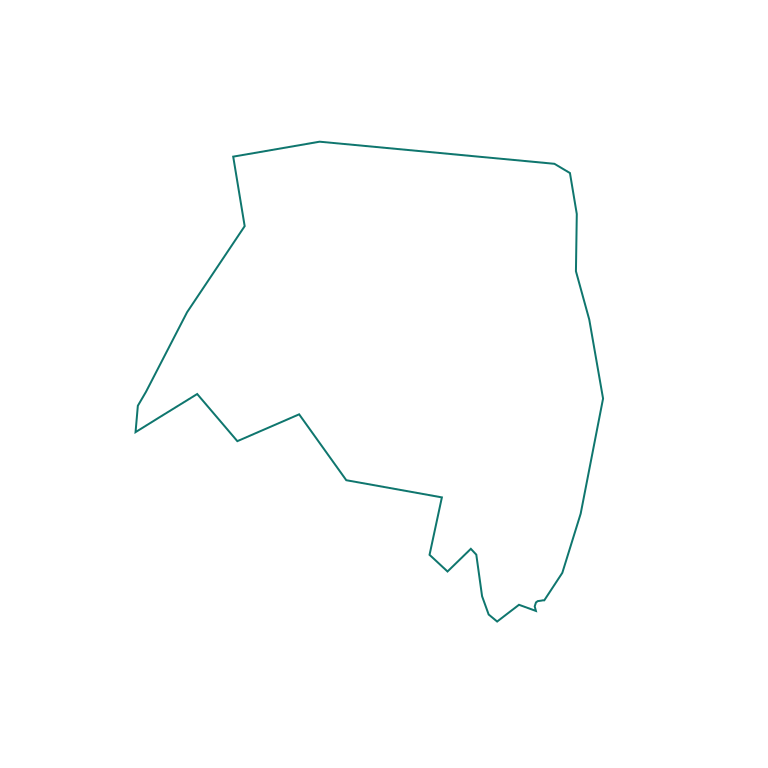 outline of San Miguel del Río, Oaxaca, Mexico, rotated 159°
{"feature_id": "50627088B44096778996990", "entity_name": "San Miguel del Río", "entity_type": "district", "adm_level": 2, "iso_a3": "MEX", "parent_name": "Mexico", "parent_adm1": "Oaxaca", "projection": "natural_earth1", "projection_center": [-96.573, 17.33], "detail": "fine", "context": "isolated", "style": "outline", "palette": "teal", "viewbox_px": 768, "rotation_deg": 159, "n_neighbors": 0, "source": "geoboundaries", "source_scale": "gbopen_adm2", "svg_char_len": 622}
<svg xmlns="http://www.w3.org/2000/svg" viewBox="0 0 768 768"><g transform="rotate(159 384 384)"><path d="M134.8,514.3L146.0,528.5L357.3,633.3L443.3,650.3L457.5,581.3L542.1,521.6L609.0,462.0L621.6,451.9L633.2,428.1L607.1,433.1L562.0,441.6L541.4,383.2L474.1,386.1L453.7,307.7L370.6,257.4L402.7,208.2L391.9,186.2L362.0,199.0L359.0,191.6L368.5,150.7L368.9,131.3L363.5,121.7L337.1,129.5L323.5,117.7L323.0,122.4L320.4,125.6L318.3,126.2L316.1,125.7L314.8,125.4L313.1,125.1L311.9,124.6L285.2,143.8L246.9,192.4L184.7,291.9L169.3,370.5L164.4,420.5L143.1,473.6L134.8,514.3Z" fill="none" stroke="#0f766e" stroke-width="2"/></g></svg>